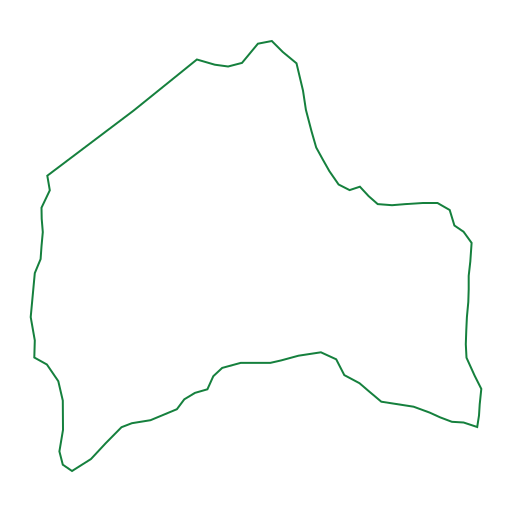 outline of Tibau do Sul, Rio Grande do Norte, Brazil
{"feature_id": "56859067B6492648908192", "entity_name": "Tibau do Sul", "entity_type": "district", "adm_level": 2, "iso_a3": "BRA", "parent_name": "Brazil", "parent_adm1": "Rio Grande do Norte", "projection": "mercator", "projection_center": [-35.09, -6.24], "detail": "fine", "context": "isolated", "style": "outline", "palette": "green", "viewbox_px": 512, "rotation_deg": 0, "n_neighbors": 0, "source": "geoboundaries", "source_scale": "gbopen_adm2", "svg_char_len": 1142}
<svg xmlns="http://www.w3.org/2000/svg" viewBox="0 0 512 512"><path d="M47.3,175.7L49.8,190.3L41.5,207.7L41.7,218.8L42.8,232.1L41.5,246.3L40.6,259.1L34.8,273.1L30.7,317.1L34.8,340.4L34.3,357.5L46.9,364.5L58.3,381.2L62.8,400.6L63.0,429.9L59.4,451.4L62.8,464.7L72.0,471.0L91.0,459.0L105.6,443.3L121.5,427.2L131.9,423.2L150.5,420.2L176.9,409.2L184.3,399.3L194.9,392.9L207.4,389.3L213.3,376.2L222.2,367.9L240.6,362.9L253.9,362.9L270.2,362.9L281.2,360.4L298.5,355.7L320.9,352.3L336.2,359.3L344.3,375.1L359.5,383.2L368.7,391.1L381.3,401.7L413.6,406.7L429.7,412.6L440.0,417.3L451.9,421.8L463.6,422.5L477.2,427.0L479.0,415.5L479.7,404.4L481.3,388.9L474.6,375.6L466.5,357.7L465.8,344.2L466.3,329.8L466.9,317.1L468.3,302.0L468.7,289.2L468.7,275.8L470.3,261.6L471.6,242.9L463.6,231.8L454.4,225.5L449.7,210.0L437.5,203.0L422.7,203.0L405.5,204.1L392.0,205.2L377.7,204.1L368.7,196.2L359.9,186.7L349.6,190.1L338.6,184.5L329.4,171.2L322.9,159.7L316.2,147.5L311.5,131.2L305.9,109.8L303.0,90.6L296.5,63.3L282.8,52.0L271.8,41.0L257.9,43.7L242.0,62.9L228.1,66.5L214.8,64.7L196.9,59.5L133.7,110.5L47.3,175.7Z" fill="none" stroke="#15803d" stroke-width="2"/></svg>